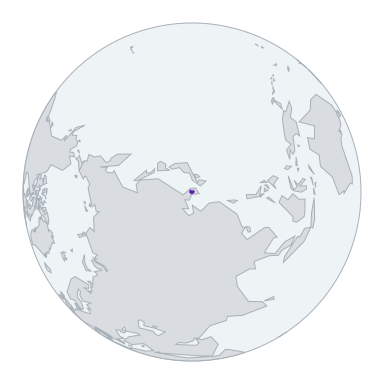 North Chungcheong highlighted on a globe, orthographic projection, rotated 256°
{"feature_id": "KOR-2494", "entity_name": "North Chungcheong", "entity_type": "Province", "adm_level": 1, "iso_a3": "KOR", "parent_name": "South Korea", "parent_adm1": "", "projection": "orthographic", "projection_center": [127.84, 36.597], "detail": "fine", "context": "on_globe", "style": "filled", "palette": "violet", "viewbox_px": 384, "rotation_deg": 256, "n_neighbors": 0, "source": "natural_earth", "source_scale": "10m", "svg_char_len": 12113}
<svg xmlns="http://www.w3.org/2000/svg" viewBox="0 0 384 384"><g transform="rotate(256 192 192)"><circle cx="192" cy="192" r="169" fill="#eef3f6" stroke="#a8b0b8"/><path d="M320.2,288.9L320.1,289.7L319.9,289.9L320.2,288.9ZM319.5,81.1L321.8,83.9L320.5,82.5L321.4,84.5L314.7,80.8L299.5,70.7L300.4,69.7L296.6,67.8L295.2,69.2L295.2,70.7L280.3,69.3L273.9,77.7L277.4,84.1L272.3,80.2L282.7,95.3L282.8,104.3L279.3,92.0L276.3,89.2L274.7,93.9L271.2,92.1L268.5,93.5L264.5,91.0L262.8,84.5L260.2,83.0L259.2,86.5L254.6,86.6L256.5,81.6L248.7,81.4L244.3,71.5L252.5,61.9L246.8,56.0L246.3,45.5L243.0,45.2L240.7,41.6L236.0,39.9L237.3,38.9L232.4,38.6L232.2,39.9L230.0,40.3L227.2,39.6L228.3,38.0L229.9,38.1L228.7,37.3L230.5,36.8L228.1,36.7L229.7,35.0L224.0,35.7L221.9,33.6L224.1,32.8L229.2,34.2L247.1,37.1L250.9,37.5L251.2,36.3L240.4,30.9L242.5,31.1L241.3,30.4L237.7,29.5L237.4,29.7L230.5,28.2L230.9,29.2L228.1,28.9L226.3,29.8L220.9,28.4L216.5,26.8L217.7,26.1L215.8,25.6L210.0,25.4L207.7,24.0L198.6,23.2L211.1,24.1L223.5,26.0L235.7,28.8L247.7,32.5L259.3,37.0L270.6,42.5L281.5,48.7L291.9,55.7L301.7,63.5L310.9,72.0L319.5,81.1ZM347.4,170.3L346.0,167.4L347.4,167.5L347.4,170.3ZM344.7,166.8L345.3,167.6L344.8,167.2L344.7,166.8ZM344.1,167.3L344.6,167.0L344.1,167.8L344.1,167.3ZM343.3,168.5L343.7,167.7L343.7,168.0L343.3,168.5ZM341.7,169.2L341.2,169.3L341.4,168.3L341.7,169.2ZM295.8,71.7L295.5,69.5L298.1,69.0L298.7,71.1L295.8,71.7ZM290.5,73.3L289.4,71.4L293.7,73.1L293.0,73.6L290.5,73.3ZM280.7,89.4L281.2,86.8L281.9,90.0L280.7,89.4ZM268.8,94.1L269.7,95.5L267.9,95.7L268.8,94.1ZM229.5,30.6L228.0,30.2L229.1,30.2L229.5,30.6ZM230.1,31.4L232.5,31.7L233.2,32.2L231.7,32.0L230.1,31.4ZM260.2,92.2L256.9,92.3L259.9,91.0L260.2,92.2ZM227.0,31.0L234.1,33.0L235.2,33.8L230.5,33.9L227.0,31.0ZM254.8,91.6L247.0,92.2L248.4,95.2L239.9,87.6L249.4,89.3L252.9,87.2L252.6,89.8L254.8,91.6ZM233.3,40.7L233.5,39.2L235.9,41.1L233.3,40.7ZM235.4,41.9L246.2,48.0L244.6,50.1L241.3,47.4L241.3,51.0L235.2,48.9L233.9,46.6L236.1,45.5L232.1,45.6L235.4,41.9ZM236.4,83.5L234.3,82.8L236.2,82.3L236.4,83.5ZM229.3,40.7L231.6,41.6L230.4,43.4L225.5,41.9L227.5,41.8L229.3,40.7ZM244.2,53.0L242.5,54.3L237.1,53.0L235.7,53.3L235.0,49.1L244.2,53.0ZM226.4,41.0L223.1,41.2L221.1,39.7L227.0,39.9L226.4,41.0ZM232.1,44.6L231.3,45.4L230.2,44.4L232.1,44.6ZM212.4,35.2L215.2,36.0L214.8,37.0L212.4,35.2ZM222.0,41.3L222.7,41.8L222.9,42.4L220.4,42.2L222.0,41.3ZM231.2,48.6L229.3,47.8L231.2,50.2L227.3,49.5L227.5,46.9L225.7,47.7L224.5,47.5L226.1,45.7L231.2,48.6ZM218.4,43.8L217.3,40.6L212.2,38.8L212.4,37.8L220.6,41.0L218.4,43.8ZM222.8,45.0L220.1,44.0L221.7,43.2L224.5,43.4L222.8,45.0ZM224.5,50.1L230.5,51.8L230.3,52.3L224.5,50.1ZM216.6,43.4L216.9,44.2L216.0,43.4L216.6,43.4ZM221.7,48.1L223.9,48.6L223.5,49.2L221.7,48.1ZM215.6,45.5L215.3,44.4L217.2,44.4L215.6,45.5ZM218.2,46.8L217.2,47.5L218.1,45.1L219.2,46.9L218.2,46.8ZM221.0,48.6L221.5,49.1L220.2,48.3L221.0,48.6ZM208.6,46.2L209.3,43.2L213.5,43.1L212.3,46.1L208.6,46.2ZM78.7,66.7L73.8,71.7L71.3,74.3L67.4,77.9L53.8,95.7L55.8,94.7L48.7,109.0L47.5,116.1L56.5,108.7L58.6,96.7L64.3,90.1L66.8,95.6L65.8,106.9L68.0,104.8L73.1,94.2L77.4,93.9L75.4,90.5L72.8,94.0L71.5,92.2L73.7,88.9L75.2,88.8L76.8,84.9L69.5,87.1L66.2,91.0L67.6,84.2L62.1,90.1L60.9,90.0L69.7,80.0L72.3,78.1L84.9,65.5L82.2,66.8L70.2,79.0L71.9,76.6L68.3,79.1L72.4,75.3L86.3,62.3L90.6,57.4L89.0,58.1L104.7,47.4L97.9,51.9L100.9,50.3L109.7,45.2L105.8,47.9L108.1,46.8L104.9,49.5L107.0,50.5L104.8,53.2L112.0,51.3L111.8,52.7L107.6,53.3L103.5,55.5L98.6,63.4L99.6,64.2L104.6,62.5L102.7,65.2L108.2,62.6L108.6,66.9L112.8,59.7L118.9,58.2L122.6,59.8L125.3,58.2L119.3,55.6L116.2,55.9L112.3,58.0L104.6,58.4L104.9,56.3L115.9,51.5L117.5,48.3L125.3,46.6L136.8,53.6L138.3,58.1L127.3,68.9L123.3,68.5L125.2,64.2L117.5,69.6L121.0,68.4L119.4,70.9L124.7,70.6L123.9,72.4L130.6,69.3L130.1,71.5L125.8,73.3L133.4,75.4L134.1,80.0L136.2,79.7L138.3,78.0L137.8,85.3L139.4,84.8L140.2,82.2L143.9,79.5L150.2,77.9L149.7,80.5L147.3,81.4L141.6,87.6L135.4,90.1L135.8,91.0L141.1,89.5L148.1,81.9L152.1,80.2L149.3,83.9L150.6,82.4L152.4,82.4L153.7,85.0L157.0,81.1L177.7,79.1L182.2,84.4L177.4,87.5L191.3,90.4L195.3,97.0L196.1,94.4L203.2,94.6L202.0,92.5L202.9,91.4L220.7,92.1L224.4,94.6L232.9,92.9L233.3,91.7L230.9,89.7L239.9,87.6L248.4,95.2L247.2,97.5L253.4,101.1L249.6,105.9L249.3,111.9L241.5,115.7L242.0,120.5L244.4,121.5L246.8,129.0L243.5,142.0L235.6,127.2L238.5,108.9L236.4,115.8L233.7,113.1L231.0,115.0L229.8,120.3L231.6,121.5L213.6,125.9L204.4,138.9L212.7,139.6L216.2,144.7L213.0,162.4L191.3,182.7L195.8,191.4L195.0,196.4L188.7,198.5L189.7,191.1L184.7,187.4L186.3,183.2L176.5,184.7L178.2,178.7L169.7,183.2L171.2,188.5L179.2,189.1L171.1,196.0L177.1,206.0L176.0,216.1L159.7,230.3L145.9,232.2L144.6,235.0L140.1,230.1L132.5,234.1L139.8,253.4L139.1,258.0L127.6,263.6L127.6,260.1L115.5,247.3L112.1,257.5L121.2,269.9L124.3,281.2L116.8,275.5L113.8,265.3L109.6,260.5L111.5,251.4L109.5,235.4L102.0,235.1L103.4,229.4L99.5,214.2L89.1,213.2L72.2,220.3L68.5,233.9L63.3,236.9L60.1,211.1L62.8,196.1L59.0,194.4L57.9,177.2L48.6,163.5L49.5,158.8L47.3,157.7L46.9,149.7L49.2,142.4L47.9,139.6L42.2,159.0L43.9,162.2L48.5,160.4L46.3,166.2L47.0,175.4L38.0,180.6L27.9,172.0L30.8,160.9L43.1,123.2L44.9,121.1L45.1,120.7L45.5,120.1L42.7,123.0L46.1,116.2L35.4,139.6L31.9,148.1L27.7,172.3L27.2,172.8L27.0,179.1L31.2,186.4L30.3,189.6L26.0,199.3L23.5,204.6L23.0,192.8L23.4,181.0L24.6,169.2L26.6,157.5L29.4,146.0L33.0,134.8L37.4,123.8L42.6,113.1L48.5,102.9L55.0,93.0L62.3,83.7L70.2,74.9L78.7,66.7ZM60.7,125.0L62.7,132.2L68.6,123.0L69.9,125.2L71.5,121.5L69.1,122.4L73.9,112.9L77.2,114.2L80.5,111.1L80.0,108.6L73.1,107.8L66.1,121.0L62.8,122.0L60.7,125.0ZM124.2,39.7L120.9,41.3L119.0,41.6L121.9,39.2L124.8,38.6L124.2,39.7ZM116.8,43.6L126.9,40.2L125.5,41.9L124.5,41.4L122.6,42.9L120.6,42.6L109.4,48.1L106.9,48.8L113.6,43.3L112.8,44.5L116.0,42.7L116.8,43.6ZM155.1,32.1L159.4,31.7L150.8,35.8L147.7,35.8L150.4,33.1L155.6,31.6L155.1,32.1ZM217.4,31.2L219.6,31.5L219.3,31.8L217.2,31.9L217.4,31.2ZM213.7,35.5L207.3,30.6L209.6,30.6L203.2,28.2L206.6,27.4L210.6,28.8L208.4,26.7L213.4,27.6L211.2,26.3L219.9,29.6L224.3,30.7L218.1,29.8L214.8,30.4L214.8,31.1L217.8,33.9L225.7,37.1L223.8,38.6L220.3,38.9L218.1,38.3L220.1,37.4L215.7,37.4L216.9,35.7L213.7,35.5ZM180.9,46.5L184.1,44.8L175.6,46.2L176.7,43.8L175.6,44.1L174.3,42.4L170.9,41.0L172.2,40.0L170.3,39.9L169.4,38.9L167.2,38.5L168.8,36.7L166.3,36.1L168.4,35.6L163.7,35.2L167.9,34.7L167.1,33.7L163.4,34.7L177.0,27.7L179.4,25.9L179.1,24.8L186.4,24.6L191.3,25.7L194.1,27.9L190.7,30.0L194.6,29.8L194.1,30.8L191.2,30.6L195.4,31.6L194.3,32.5L196.7,35.6L203.5,37.1L204.5,38.4L201.3,38.3L204.6,39.8L199.3,40.6L199.9,41.7L195.3,43.8L188.7,43.3L190.0,44.6L186.5,46.5L180.9,46.5ZM207.1,46.7L199.0,46.2L195.6,44.7L205.1,41.8L205.3,40.6L211.2,39.1L216.0,41.4L213.8,41.6L212.9,42.3L211.8,41.3L211.9,42.7L209.0,43.1L208.3,44.3L205.9,43.7L207.1,46.7ZM71.8,74.4L70.5,76.0L69.2,78.0L66.9,79.8L71.8,74.4ZM81.1,65.4L80.4,66.3L76.5,69.4L77.9,68.0L81.1,65.4ZM83.4,64.4L80.7,66.1L82.9,64.3L83.4,64.4ZM107.3,54.2L106.9,55.2L105.6,55.9L104.3,55.9L107.3,54.2ZM155.9,51.8L158.3,50.6L159.0,51.0L165.1,50.2L164.7,52.2L160.9,53.4L155.9,51.8ZM55.0,108.2L53.4,108.0L54.4,106.0L54.8,106.4L55.0,108.2ZM59.0,92.9L56.5,97.5L58.4,93.3L59.0,92.9ZM156.6,53.8L159.1,53.2L157.4,54.6L156.6,53.8ZM164.8,53.6L163.3,55.2L165.4,52.4L164.8,53.6ZM30.5,241.7L30.0,239.7L32.9,248.9L33.4,250.3L30.5,241.7ZM166.3,312.7L171.5,313.9L171.4,314.5L166.3,312.7ZM160.8,309.8L166.7,311.0L159.9,310.9L160.8,309.8ZM169.0,311.4L175.0,311.1L177.6,310.5L177.2,311.6L169.0,311.4ZM156.9,309.2L135.9,304.4L127.9,300.6L129.6,299.0L142.7,302.9L156.9,309.2ZM129.0,298.7L116.9,288.7L101.5,263.6L107.0,266.2L123.3,283.8L122.2,285.4L129.5,292.7L129.0,298.7ZM159.0,294.3L157.8,299.9L146.2,297.0L140.9,294.8L137.3,286.3L139.3,282.9L143.6,284.1L160.8,273.9L166.7,278.4L161.2,283.2L166.0,289.4L159.0,294.3ZM68.9,235.7L70.8,246.0L68.1,245.6L68.9,235.7ZM168.5,265.2L161.1,270.2L168.0,263.0L168.5,265.2ZM172.9,257.8L173.1,261.1L170.5,257.5L172.9,257.8ZM143.9,239.6L139.3,239.2L139.5,236.8L145.5,235.9L143.9,239.6ZM175.1,224.6L173.9,231.7L172.7,233.9L171.2,229.3L175.1,224.6ZM157.3,72.4L149.2,71.0L143.2,71.9L139.5,75.2L141.3,70.3L150.6,68.8L157.3,72.4ZM175.2,77.9L178.4,75.5L179.4,77.2L178.7,78.0L175.2,77.9ZM175.5,75.9L175.1,71.8L178.4,70.9L178.1,74.3L175.5,75.9ZM165.5,62.0L163.1,61.4L164.6,60.2L165.5,62.0ZM266.0,343.9L265.3,344.2L281.0,335.4L283.3,334.2L279.7,336.4L266.0,343.9ZM230.3,354.8L229.2,353.5L236.6,352.1L234.3,353.8L230.3,354.8ZM285.7,332.3L290.0,329.1L290.8,327.3L291.2,328.2L295.4,325.5L284.9,333.1L285.7,332.3ZM200.8,348.6L168.4,351.2L161.0,349.5L162.2,347.7L154.0,339.3L156.4,339.9L154.0,334.1L172.7,331.8L185.8,322.9L197.1,324.3L205.1,316.7L216.9,317.3L213.8,323.5L226.5,327.0L234.1,312.9L242.8,326.4L252.8,329.5L256.7,336.0L242.6,348.5L233.6,351.6L231.4,351.3L227.8,352.6L221.5,352.9L217.1,350.4L213.6,351.5L216.6,349.0L211.6,351.4L207.9,349.4L200.8,348.6ZM285.7,315.0L287.7,314.6L291.1,315.4L287.9,316.2L285.7,315.0ZM315.2,294.5L316.3,294.9L314.2,296.4L315.2,294.5ZM319.9,289.9L317.4,291.9L320.2,288.9L319.9,289.9ZM295.1,304.0L296.2,304.4L295.4,305.0L295.1,304.0ZM294.3,304.1L295.3,302.3L295.3,303.7L294.3,304.1ZM284.5,299.6L285.6,298.5L286.1,299.0L284.5,299.6ZM179.3,315.0L186.5,311.5L190.5,311.5L179.3,315.0ZM282.7,298.5L279.8,299.1L280.0,298.2L282.7,298.5ZM282.8,296.5L282.4,295.5L284.4,297.6L282.8,296.5ZM277.1,295.4L280.7,296.5L276.7,295.7L277.1,295.4ZM275.0,296.1L272.4,295.8L272.6,295.4L275.0,296.1ZM247.0,302.4L256.5,308.2L249.1,309.0L240.7,305.5L234.6,310.1L220.4,310.0L223.5,307.4L221.5,303.5L207.1,301.8L204.2,299.0L209.2,297.4L199.9,294.8L210.1,294.0L214.4,299.6L220.2,295.3L230.4,296.1L240.6,297.4L248.9,300.6L247.0,302.4ZM210.4,306.1L212.1,306.1L210.6,307.7L210.4,306.1ZM267.5,293.8L271.3,295.7L270.9,296.4L269.1,296.3L267.5,293.8ZM250.8,299.5L259.7,293.9L261.9,293.6L256.0,299.5L250.8,299.5ZM257.5,291.2L261.7,291.3L264.0,293.4L263.1,294.3L257.5,291.2ZM189.5,300.0L189.2,301.5L186.6,300.0L189.5,300.0ZM192.9,299.3L200.8,301.5L192.2,300.6L192.9,299.3ZM169.5,291.3L171.7,295.3L178.7,293.9L173.4,296.6L178.3,303.1L176.7,305.1L171.8,298.1L170.3,304.5L167.2,303.9L165.4,298.0L168.4,291.4L171.5,288.9L184.3,289.2L169.5,291.3ZM192.8,294.8L190.7,290.3L192.3,287.5L194.5,290.0L192.8,294.8ZM184.8,279.0L179.7,273.0L174.7,274.4L184.9,268.2L188.2,274.9L184.8,279.0ZM180.8,266.7L176.2,267.9L181.1,264.2L180.8,266.7ZM175.1,266.0L174.8,262.1L178.4,263.1L175.1,266.0ZM183.2,267.2L184.5,260.8L186.0,264.8L183.2,267.2ZM174.0,253.3L181.2,260.7L171.4,256.5L172.1,243.7L176.4,244.1L174.0,253.3ZM204.8,203.1L204.4,199.1L208.6,198.6L207.7,201.5L204.8,203.1ZM221.7,194.4L209.5,197.2L199.7,199.9L202.3,201.9L199.2,208.3L195.9,201.7L203.5,195.1L210.8,194.4L212.8,189.0L218.7,185.6L218.8,178.6L221.7,175.8L223.8,182.0L221.7,194.4ZM218.5,175.7L220.9,163.6L228.3,165.8L229.4,168.9L225.2,173.4L221.6,172.0L218.5,175.7ZM223.6,161.4L220.1,160.0L216.2,141.7L217.2,138.5L224.1,153.0L221.1,152.5L220.8,156.8L223.6,161.4ZM234.5,84.3L234.3,82.9L235.8,84.2L234.5,84.3ZM202.1,90.2L203.5,88.8L205.3,90.1L202.1,90.2ZM208.5,85.9L205.6,85.3L208.9,84.8L208.5,85.9ZM198.9,84.5L204.5,84.6L198.8,86.1L198.9,84.5Z" fill="#d9dde1" stroke="#a8b0b8" stroke-width="1"/><path d="M191.2,190.8L191.4,190.6L191.5,190.4L192.0,190.3L191.9,190.5L192.0,190.4L192.1,190.5L192.1,190.4L192.2,190.2L192.3,190.2L192.4,190.3L192.5,190.4L192.8,190.3L192.8,190.2L193.0,190.3L193.0,190.5L193.3,190.5L193.5,190.6L193.8,190.7L193.9,190.8L193.7,190.9L193.6,191.0L193.4,191.1L193.4,191.3L193.2,191.5L193.1,191.4L192.9,191.3L192.9,191.5L192.7,191.4L192.6,191.5L192.4,191.6L192.5,191.7L192.5,191.8L192.4,191.7L192.2,191.8L192.0,192.0L191.9,192.1L192.0,192.2L192.1,192.3L192.0,192.5L192.1,192.8L192.0,193.0L192.3,193.1L192.5,193.3L192.4,193.3L192.3,193.5L192.2,193.6L192.1,193.8L192.0,193.7L191.9,193.8L191.7,193.8L191.6,193.7L191.4,193.6L191.4,193.4L191.3,193.2L191.2,193.1L191.1,192.9L191.2,192.7L191.3,192.7L191.2,192.6L190.9,192.5L190.9,192.4L190.8,192.2L190.7,192.1L190.6,191.9L190.7,191.7L190.8,191.7L190.8,191.4L190.7,191.3L190.7,191.2L190.8,191.1L191.0,190.9L191.2,190.8Z" fill="#8b5cf6" stroke="#5b21b6" stroke-width="1.5"/></g></svg>